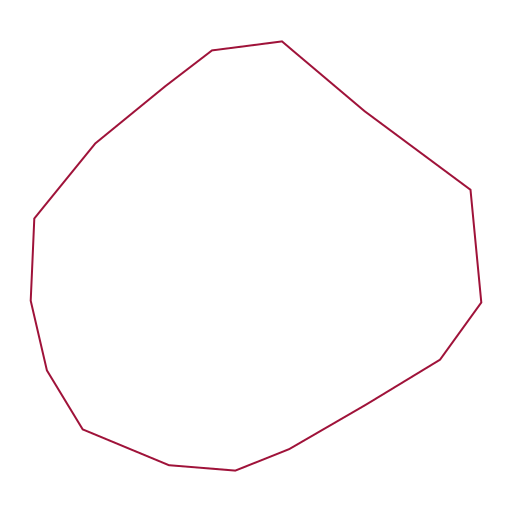 Shusha City, Şuşa, Azerbaijan (orthographic projection), rotated 270°
{"feature_id": "54616110B73470411147872", "entity_name": "Shusha City", "entity_type": "district", "adm_level": 2, "iso_a3": "AZE", "parent_name": "Azerbaijan", "parent_adm1": "Şuşa", "projection": "orthographic", "projection_center": [46.748, 39.738], "detail": "fine", "context": "isolated", "style": "outline", "palette": "rose", "viewbox_px": 512, "rotation_deg": 270, "n_neighbors": 0, "source": "geoboundaries", "source_scale": "gbopen_adm2", "svg_char_len": 394}
<svg xmlns="http://www.w3.org/2000/svg" viewBox="0 0 512 512"><g transform="rotate(270 256 256)"><path d="M240.5,32.0L211.3,30.7L141.6,46.9L82.6,82.7L46.8,168.9L41.4,235.3L62.9,289.2L107.6,366.4L152.3,440.0L209.5,481.3L322.2,470.5L400.8,364.6L462.0,292.1L470.6,282.0L461.6,212.0L425.8,165.3L368.6,95.3L306.0,44.4L293.5,34.3L240.5,32.0Z" fill="none" stroke="#9f1239" stroke-width="2"/></g></svg>